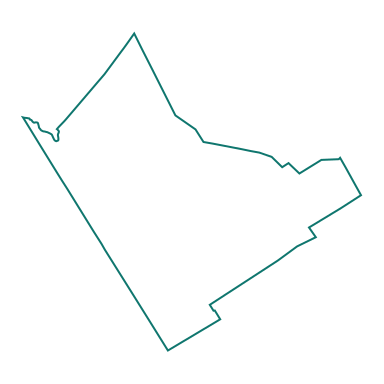 Lomas de Zamora, Buenos Aires, Argentina (Robinson projection)
{"feature_id": "61730980B58255414710643", "entity_name": "Lomas de Zamora", "entity_type": "district", "adm_level": 2, "iso_a3": "ARG", "parent_name": "Argentina", "parent_adm1": "Buenos Aires", "projection": "robinson", "projection_center": [-58.466, -34.753], "detail": "fine", "context": "isolated", "style": "outline", "palette": "teal", "viewbox_px": 384, "rotation_deg": 0, "n_neighbors": 0, "source": "geoboundaries", "source_scale": "gbopen_adm2", "svg_char_len": 1775}
<svg xmlns="http://www.w3.org/2000/svg" viewBox="0 0 384 384"><path d="M23.0,117.4L40.3,145.6L56.6,172.0L61.9,180.5L67.1,188.6L93.7,231.6L101.6,244.0L104.9,249.8L115.2,266.2L132.4,293.6L148.4,319.2L167.9,350.5L220.2,319.3L214.8,310.5L213.5,310.7L209.8,304.8L277.9,260.5L297.1,246.4L315.8,237.2L309.0,227.5L341.0,208.1L361.0,195.2L355.7,185.7L345.7,167.6L340.1,157.8L338.8,159.2L321.4,159.9L299.4,173.5L288.5,163.1L282.2,167.2L271.7,156.9L259.3,152.6L251.0,151.1L241.8,149.2L212.7,143.6L203.5,142.0L195.5,129.4L175.4,115.4L152.2,69.3L142.5,50.2L134.2,33.5L127.3,43.3L123.4,48.7L120.9,52.0L105.6,72.7L104.5,74.2L104.4,74.3L96.6,83.4L65.9,119.4L64.2,121.3L58.8,126.9L56.9,129.1L57.3,129.4L57.8,129.9L58.2,130.4L58.6,130.8L58.8,131.3L58.9,131.9L58.6,132.6L58.5,133.1L58.2,133.7L58.0,134.2L57.9,134.7L57.9,135.5L58.0,136.0L58.2,136.9L58.3,137.6L58.4,138.3L58.4,138.9L58.4,139.7L58.2,140.4L57.8,140.6L57.4,140.8L56.8,141.0L56.2,141.2L55.7,141.0L55.0,140.6L54.7,140.3L54.2,139.7L53.8,138.9L53.5,138.3L53.2,137.6L52.9,137.0L52.6,136.3L52.2,135.4L51.9,134.8L51.5,134.3L51.1,134.1L50.4,133.7L49.9,133.4L49.5,133.2L48.8,132.9L48.2,132.6L47.6,132.3L47.0,132.1L46.4,132.0L46.0,131.9L45.4,131.7L45.0,131.6L44.5,131.5L43.9,131.4L43.4,131.4L42.7,131.1L42.1,130.8L41.5,130.5L41.0,130.1L40.6,129.7L40.2,129.0L39.7,128.5L39.3,128.0L39.0,127.5L38.9,126.8L38.8,126.2L38.6,125.5L38.5,125.0L38.3,124.5L38.2,124.0L38.0,123.2L37.6,122.7L37.1,122.5L36.4,122.4L35.9,122.4L35.3,122.4L34.8,122.5L34.2,122.7L33.8,122.6L33.2,122.2L32.7,121.8L32.3,121.3L32.0,120.9L31.7,120.4L31.3,120.0L30.7,119.8L30.2,119.6L29.8,119.5L29.7,118.9L29.2,118.4L28.7,118.3L28.2,118.3L27.7,118.2L27.3,118.1L26.9,118.0L25.7,117.9L25.0,117.9L24.2,117.7L23.8,117.6L23.0,117.4Z" fill="none" stroke="#0f766e" stroke-width="2"/></svg>